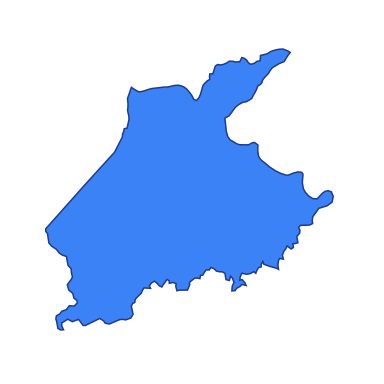 União da Vitória, Paraná, Brazil (Robinson projection), rotated 187°
{"feature_id": "56859067B10931018251693", "entity_name": "União da Vitória", "entity_type": "district", "adm_level": 2, "iso_a3": "BRA", "parent_name": "Brazil", "parent_adm1": "Paraná", "projection": "robinson", "projection_center": [-51.106, -26.121], "detail": "fine", "context": "isolated", "style": "filled", "palette": "blue", "viewbox_px": 384, "rotation_deg": 187, "n_neighbors": 0, "source": "geoboundaries", "source_scale": "gbopen_adm2", "svg_char_len": 3573}
<svg xmlns="http://www.w3.org/2000/svg" viewBox="0 0 384 384"><g transform="rotate(187 192 192)"><path d="M53.7,209.1L56.9,209.9L59.9,208.9L62.2,206.9L67.0,200.4L71.4,200.2L75.8,202.3L79.5,205.5L81.9,208.9L83.6,214.7L84.0,223.2L85.5,224.9L89.2,224.9L94.2,222.9L97.3,221.1L99.8,220.1L105.8,221.2L111.9,223.2L118.1,226.4L127.1,232.1L128.9,233.7L130.4,235.9L131.8,241.1L132.3,246.7L136.0,248.8L138.5,248.0L141.7,245.7L150.4,244.7L153.5,245.3L160.5,248.4L163.2,251.2L165.3,256.2L166.2,260.3L168.4,269.3L164.6,272.0L162.4,275.6L160.8,278.7L159.0,281.7L156.1,284.6L152.4,287.3L149.2,288.2L146.3,290.2L144.0,292.3L142.7,296.0L141.2,299.4L140.1,302.9L139.6,305.3L137.3,307.0L135.9,309.1L135.4,312.2L133.2,315.5L130.5,319.1L129.1,322.4L127.4,325.1L121.2,330.0L116.5,332.6L113.4,339.3L111.5,342.5L113.8,343.6L116.3,344.3L119.1,345.0L122.6,344.4L125.8,343.4L129.6,341.8L131.8,340.4L134.2,338.3L137.7,337.0L140.7,335.9L140.5,333.3L140.5,330.5L143.5,329.6L145.8,327.4L147.8,326.4L149.8,326.0L152.0,327.4L153.8,329.6L156.4,331.1L159.0,331.5L160.4,327.2L164.2,326.4L167.9,326.7L171.1,326.3L173.3,324.3L176.2,322.6L178.9,321.6L182.3,321.6L184.2,319.8L184.7,317.4L185.2,314.5L185.8,311.8L188.7,311.4L188.7,308.5L188.1,305.9L190.5,304.1L192.1,302.0L193.8,299.8L194.5,296.8L195.0,293.2L195.5,289.8L196.7,286.3L198.8,283.3L201.6,284.2L203.4,287.1L205.8,289.8L208.0,291.9L209.9,293.6L212.9,295.3L215.6,296.0L218.1,296.3L220.4,296.0L222.4,295.6L225.4,294.5L229.1,293.2L232.8,292.7L235.6,292.0L238.6,291.2L241.3,290.6L244.4,289.8L247.3,288.7L249.6,287.6L252.4,286.3L255.0,285.3L257.1,285.0L260.3,286.2L264.9,288.5L267.4,276.9L266.2,271.5L265.9,268.1L265.9,265.1L263.8,259.1L263.4,256.5L264.2,247.6L267.0,246.5L267.1,244.1L268.0,241.1L267.8,238.2L273.7,222.1L299.9,185.1L306.0,176.2L332.7,137.7L332.3,135.0L330.4,133.2L327.8,123.9L324.8,121.2L319.5,118.5L316.3,115.2L313.1,113.6L308.7,112.7L307.7,109.0L306.0,103.9L302.7,101.2L301.5,96.1L300.3,93.1L301.3,90.3L304.5,84.8L302.4,79.7L298.0,76.8L296.3,72.3L293.0,70.3L292.4,67.9L294.9,64.4L299.9,64.2L302.4,59.9L306.6,57.9L308.5,54.7L311.5,52.6L311.7,49.5L310.7,47.4L308.5,40.3L305.5,39.0L302.7,39.6L305.0,43.2L305.3,46.2L301.8,48.9L299.9,50.6L294.9,48.7L292.0,50.3L289.0,51.7L283.9,46.3L281.6,46.5L268.2,55.2L264.1,53.4L262.1,51.2L257.9,50.9L248.1,56.6L245.4,57.1L242.2,57.0L237.4,59.4L235.6,63.3L237.1,68.0L238.3,71.1L237.4,74.1L235.3,75.4L235.3,78.6L232.1,82.8L230.0,85.3L229.4,87.7L228.1,90.9L223.8,91.2L221.4,91.3L222.9,93.7L221.1,96.8L218.3,99.0L215.2,96.8L213.0,94.9L210.4,94.0L209.0,96.9L207.5,99.5L206.3,102.1L203.9,101.3L203.4,98.6L199.8,100.0L196.6,99.0L196.6,96.3L194.9,92.1L192.5,93.1L184.5,94.1L183.0,99.6L183.4,102.2L178.7,106.9L176.6,107.2L173.6,107.0L173.4,110.3L171.2,110.8L170.0,113.6L168.5,116.4L165.3,116.8L164.1,119.4L160.7,118.5L158.2,116.5L155.5,116.2L152.0,116.4L149.4,115.3L147.6,109.2L144.1,108.7L143.5,113.1L141.4,111.4L139.3,107.3L140.6,103.5L140.4,98.7L137.3,99.3L135.9,101.9L132.8,104.1L131.2,106.3L126.9,105.8L128.4,108.4L131.6,111.2L133.8,110.3L133.8,113.8L132.5,117.5L128.1,117.0L124.6,117.9L120.9,120.5L118.8,119.1L117.9,122.5L116.7,125.1L114.2,126.1L114.5,128.6L113.2,131.7L112.0,129.1L106.6,127.8L98.6,126.6L96.7,125.8L97.8,129.7L97.8,134.3L97.0,136.7L93.1,136.5L94.6,140.3L93.4,144.9L92.0,146.9L91.0,150.0L86.6,147.5L84.6,149.4L85.6,153.0L83.3,153.4L80.7,154.6L82.6,160.6L80.1,164.3L80.2,167.2L81.9,170.0L80.3,172.1L77.7,172.5L74.9,172.9L71.1,173.6L68.4,175.4L69.2,178.5L69.1,182.2L64.1,191.3L60.2,193.0L56.3,194.7L51.7,199.1L51.3,204.9L53.7,209.1Z" fill="#3b82f6" stroke="#1e3a8a" stroke-width="1.5"/></g></svg>